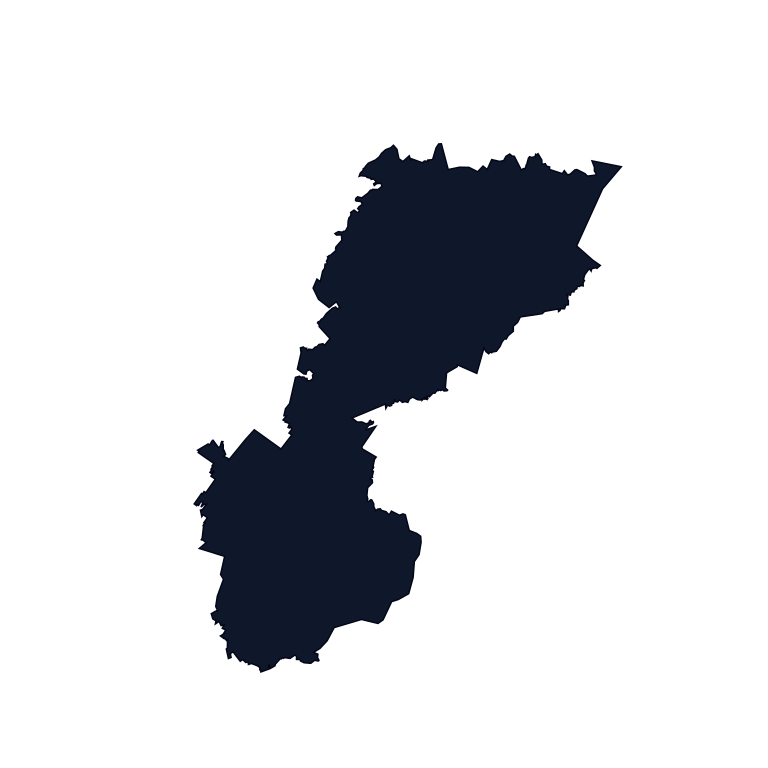 outline of Mocorito, Sinaloa, Mexico, rotated 35°
{"feature_id": "50627088B38309476572974", "entity_name": "Mocorito", "entity_type": "district", "adm_level": 2, "iso_a3": "MEX", "parent_name": "Mexico", "parent_adm1": "Sinaloa", "projection": "equal_earth", "projection_center": [-107.794, 25.364], "detail": "fine", "context": "isolated", "style": "filled", "palette": "ink", "viewbox_px": 768, "rotation_deg": 35, "n_neighbors": 0, "source": "geoboundaries", "source_scale": "gbopen_adm2", "svg_char_len": 6159}
<svg xmlns="http://www.w3.org/2000/svg" viewBox="0 0 768 768"><g transform="rotate(35 384 384)"><path d="M323.7,617.0L324.1,615.8L329.3,615.9L327.0,624.7L352.3,616.6L359.4,633.8L364.5,636.0L369.2,653.5L373.8,662.8L377.8,665.1L376.9,665.7L374.2,671.2L378.5,674.6L382.2,674.4L383.5,677.3L385.1,673.1L389.1,675.4L391.2,672.8L391.6,676.9L395.5,676.3L395.7,680.2L396.3,680.1L394.5,684.2L399.0,684.3L399.0,683.6L402.6,684.5L402.7,683.5L407.1,690.1L406.8,691.5L414.0,698.1L415.6,695.7L412.8,693.0L414.0,690.0L425.3,693.6L426.0,691.4L427.1,690.9L430.5,691.4L431.9,689.5L433.8,691.5L435.7,689.0L441.6,687.5L444.7,687.4L446.1,689.2L447.8,690.0L448.6,689.2L448.7,690.0L453.3,683.4L450.8,680.8L451.6,680.1L454.1,682.1L456.3,677.4L455.7,675.7L456.6,668.7L457.7,667.9L457.9,666.3L459.1,666.3L459.4,665.2L464.4,662.7L466.5,657.1L468.5,657.2L470.3,659.8L473.0,657.9L474.5,658.8L478.4,658.2L484.2,654.8L485.7,650.1L489.1,648.6L489.2,647.6L486.4,646.2L484.8,643.2L480.2,644.3L483.2,637.4L484.7,626.9L482.9,612.1L500.6,589.8L516.4,583.6L518.5,577.8L515.1,557.9L519.3,552.4L524.5,541.6L518.8,525.7L510.7,512.0L510.6,503.7L505.2,492.4L501.4,487.7L496.6,487.6L488.7,489.5L476.5,478.9L474.0,479.5L472.0,482.6L463.0,483.9L463.3,487.0L462.7,488.2L458.9,487.4L454.4,489.0L452.6,488.3L450.5,490.2L450.0,492.6L446.0,490.3L444.3,488.0L440.4,486.0L439.5,486.4L438.9,489.0L437.1,489.5L436.7,487.5L433.9,485.1L430.1,478.3L431.2,471.5L429.4,469.3L427.8,469.8L426.8,468.8L428.2,467.1L427.2,466.3L425.4,461.6L424.0,461.6L422.8,459.4L423.5,459.2L423.2,458.0L422.2,457.6L419.5,451.3L419.5,448.3L403.7,449.6L401.9,448.3L401.6,423.3L395.7,431.6L395.1,430.1L395.3,426.5L397.5,423.4L397.6,421.8L396.8,420.9L396.1,422.0L393.9,421.7L394.5,423.1L393.9,422.2L393.3,422.6L393.8,424.4L392.4,426.8L387.6,427.8L383.9,430.5L377.3,430.2L396.6,399.7L399.5,402.9L399.0,399.3L401.4,398.8L402.5,397.2L401.7,395.4L402.9,394.3L401.9,391.3L402.9,392.1L404.8,391.3L405.5,390.9L405.9,388.1L409.6,388.5L411.3,386.4L414.1,385.4L413.5,381.7L415.0,378.3L420.1,377.7L422.8,376.4L423.6,374.7L424.5,375.6L424.8,373.7L425.7,373.2L424.8,372.3L425.2,371.5L426.4,372.6L426.9,371.2L427.3,372.1L428.3,372.0L428.3,370.8L427.4,370.0L426.6,370.5L426.7,368.5L428.6,368.4L429.3,363.4L431.0,362.3L431.0,358.0L432.2,358.5L432.8,357.0L434.1,356.9L435.2,355.1L437.2,355.3L439.5,353.4L439.6,352.5L436.5,352.1L428.9,339.0L434.0,327.8L433.2,326.2L453.9,322.1L445.2,297.2L449.0,299.0L452.4,299.2L452.6,297.1L454.4,296.6L454.3,294.9L455.1,295.0L457.3,292.7L457.5,286.7L456.5,281.3L456.9,277.7L458.3,277.2L458.0,273.0L459.7,266.6L456.8,262.5L458.1,256.9L457.2,250.9L473.3,235.6L473.9,232.4L483.8,222.5L485.4,224.5L486.0,222.9L485.6,220.9L488.7,218.9L487.7,215.1L489.6,213.4L487.3,210.1L485.5,209.0L484.5,206.9L482.5,206.0L485.7,204.3L484.6,201.1L486.7,199.7L486.2,197.7L487.3,195.2L486.2,193.2L488.3,191.9L488.5,190.5L490.9,189.4L489.0,186.8L488.9,184.3L487.4,183.9L485.8,179.4L485.9,172.8L487.1,171.9L488.9,172.7L488.1,170.2L490.7,167.4L492.1,167.2L493.2,162.8L484.0,162.8L462.6,160.4L451.1,98.7L453.8,69.9L426.4,81.9L432.1,85.8L434.1,88.8L437.0,90.0L437.8,91.2L431.4,97.0L427.9,96.4L419.0,97.7L417.5,99.2L416.2,105.2L414.4,107.4L409.3,105.8L409.4,109.4L396.5,113.3L395.2,111.2L392.2,112.3L389.8,111.0L387.4,113.4L384.8,110.0L378.1,107.0L377.5,108.8L376.5,108.8L377.3,111.2L374.8,113.9L372.9,114.3L372.8,116.2L374.4,120.8L375.0,120.8L374.8,122.8L376.2,126.5L376.1,127.3L375.1,127.1L374.3,128.3L374.0,130.1L360.1,122.7L358.3,123.8L355.1,123.5L353.3,127.6L353.9,132.4L350.9,135.4L343.5,138.4L345.5,149.1L340.1,148.7L339.0,156.4L329.4,157.8L321.5,163.1L313.6,171.5L293.2,154.3L291.1,156.0L291.2,160.6L295.1,172.3L291.4,175.5L291.9,176.6L289.2,178.2L288.6,180.7L277.2,183.8L277.2,185.0L273.8,182.6L271.9,190.9L267.0,190.9L260.0,184.3L254.8,183.0L254.0,186.6L251.0,191.0L249.7,196.3L249.8,200.8L248.5,205.4L244.5,212.1L244.0,216.9L244.5,217.5L243.5,219.4L244.3,221.0L243.6,224.8L244.5,228.1L245.6,226.6L250.2,224.1L251.6,224.5L255.1,223.1L256.1,223.8L257.9,222.0L261.8,222.9L260.7,226.0L262.2,227.0L263.1,224.0L266.5,221.3L268.9,223.3L267.6,228.1L262.9,231.2L262.6,232.9L261.7,233.0L261.4,236.9L259.0,244.3L255.0,245.8L254.5,248.0L255.2,249.8L256.2,250.1L260.2,247.9L261.8,248.2L263.1,249.6L261.8,253.2L261.9,255.5L263.9,255.6L264.4,256.7L264.6,258.1L263.9,258.8L259.7,258.7L258.3,262.6L259.6,263.7L260.4,266.3L259.9,267.6L261.1,271.0L264.1,275.8L264.7,280.9L263.2,282.2L263.2,283.3L259.2,285.4L257.5,288.9L259.6,289.3L263.6,286.3L267.0,290.4L266.0,299.2L266.8,301.2L268.1,301.7L266.4,308.8L265.2,310.8L265.7,312.0L264.9,312.2L265.9,313.0L266.5,316.5L268.2,317.5L268.4,318.2L267.0,319.6L269.0,323.4L269.0,326.7L273.1,336.7L268.9,336.5L270.9,346.1L281.8,352.2L295.2,352.9L297.8,343.9L303.9,346.7L302.4,349.4L300.2,348.6L298.3,351.5L296.4,359.3L296.4,365.0L295.5,366.8L295.4,369.7L294.4,370.6L294.5,372.1L296.7,372.5L298.0,374.2L313.8,377.8L313.1,386.5L310.9,386.0L308.1,388.9L307.4,393.3L306.5,393.1L305.8,396.8L302.3,398.7L302.3,400.4L300.5,400.0L300.2,399.1L298.2,400.2L296.8,399.9L294.8,402.3L298.3,406.2L304.5,421.5L312.6,421.7L314.5,420.6L313.3,417.8L314.9,414.8L320.6,415.8L320.4,417.9L322.7,420.2L321.5,423.9L319.2,425.3L317.8,423.6L316.1,424.7L314.8,424.2L312.8,425.2L312.7,426.3L310.3,426.1L307.7,429.3L317.9,454.2L317.5,460.8L320.2,467.4L322.5,466.2L321.9,471.4L325.4,471.0L325.1,471.7L329.2,470.6L330.3,474.6L331.8,474.3L332.1,472.5L334.4,474.0L334.3,478.7L337.7,478.6L336.9,496.3L304.0,495.9L302.4,508.5L300.4,535.3L299.0,534.4L294.3,535.2L294.6,532.5L291.0,530.1L290.6,530.9L287.2,526.0L285.5,525.0L285.1,523.6L284.0,524.3L285.7,529.6L284.5,530.9L276.3,528.1L275.8,528.6L276.1,533.9L274.3,534.0L269.3,545.1L271.1,545.0L271.1,546.7L290.1,546.7L290.1,549.8L291.1,549.9L291.2,553.1L292.1,553.1L292.1,556.3L294.2,556.3L294.2,553.1L295.1,553.1L295.1,558.8L300.4,558.7L300.4,575.2L298.3,575.3L298.4,578.5L297.3,578.4L297.3,591.1L300.4,591.1L300.4,589.8L301.7,589.8L301.4,585.4L303.5,584.7L304.7,589.8L305.6,585.9L307.5,584.1L307.3,591.0L306.0,592.6L310.8,597.1L310.9,594.8L316.0,594.8L316.0,600.7L317.0,599.9L317.6,600.7L316.9,602.1L317.1,603.9L318.0,604.4L323.5,614.6L323.7,617.0Z" fill="#0f172a" stroke="#020617" stroke-width="1.5"/></g></svg>